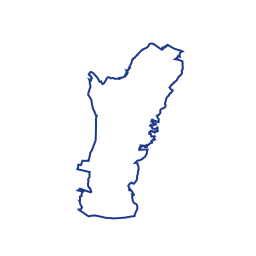 the district of Murgasi, Dolj, Romania, rotated 44°
{"feature_id": "2599482B65380015687406", "entity_name": "Murgasi", "entity_type": "district", "adm_level": 2, "iso_a3": "ROU", "parent_name": "Romania", "parent_adm1": "Dolj", "projection": "equal_earth", "projection_center": [23.828, 44.555], "detail": "fine", "context": "isolated", "style": "outline", "palette": "blue", "viewbox_px": 256, "rotation_deg": 44, "n_neighbors": 0, "source": "geoboundaries", "source_scale": "gbopen_adm2", "svg_char_len": 5719}
<svg xmlns="http://www.w3.org/2000/svg" viewBox="0 0 256 256"><g transform="rotate(44 128 128)"><path d="M149.0,220.9L150.0,221.0L152.1,220.5L161.0,218.9L163.4,215.5L164.7,214.5L165.0,213.8L174.4,208.0L181.0,202.5L188.0,194.7L191.8,189.4L193.9,186.9L192.9,185.4L191.9,182.8L191.1,180.2L190.1,178.9L188.8,177.6L187.7,177.2L186.3,177.1L184.8,177.7L182.6,177.4L178.6,174.6L178.5,173.1L176.7,172.9L176.8,172.5L177.9,172.6L178.1,172.4L178.6,172.5L178.7,172.1L178.4,171.7L173.5,170.6L173.1,171.2L172.6,171.1L172.2,171.8L171.4,171.4L171.9,170.6L168.4,169.5L167.9,167.1L168.1,166.0L168.4,165.6L168.6,165.5L168.5,165.3L168.5,165.1L168.8,165.3L169.9,164.4L170.6,164.2L170.8,163.9L170.5,163.8L171.0,163.3L170.7,162.3L170.8,161.3L170.6,161.0L170.6,160.2L170.3,159.6L170.3,158.9L169.3,157.5L168.1,156.7L166.8,153.8L165.7,153.0L165.2,151.5L164.6,151.1L164.1,150.0L162.6,148.8L162.2,148.3L160.3,147.7L159.5,146.8L158.3,147.2L157.4,148.1L157.4,145.1L159.3,142.3L159.4,141.4L159.8,140.7L159.7,140.4L159.9,139.6L159.7,138.8L160.3,137.3L159.9,136.0L159.9,135.0L159.1,133.4L159.0,132.7L158.4,132.3L156.9,129.9L151.2,135.9L150.4,135.1L150.9,134.2L149.9,133.4L150.5,132.6L150.3,132.3L149.2,131.7L150.7,130.5L151.3,130.8L151.9,130.2L151.7,130.1L151.7,129.8L152.4,129.2L153.4,129.9L154.7,128.5L154.4,127.9L153.2,127.9L153.1,127.3L153.8,127.2L154.2,126.7L154.2,125.9L154.5,125.7L154.4,124.5L154.7,124.0L154.6,123.1L155.5,122.0L155.4,121.8L154.3,121.9L153.9,121.0L154.1,120.7L153.9,119.9L154.6,119.7L154.6,119.3L154.9,118.8L154.8,117.7L155.1,117.5L154.3,117.2L153.7,117.5L153.1,116.2L153.1,115.4L152.6,115.6L150.7,118.0L148.3,116.4L147.7,117.2L147.2,117.4L146.3,116.1L147.0,115.5L146.7,114.8L146.3,114.2L147.2,113.3L148.3,113.5L148.7,113.2L149.0,112.5L150.5,112.7L150.2,110.8L151.4,110.3L151.5,109.4L150.9,109.4L150.5,109.1L150.2,108.8L149.3,107.2L148.9,107.1L148.7,107.2L148.8,107.6L148.7,108.6L148.4,109.2L147.8,110.2L147.1,110.7L145.1,111.3L144.5,111.1L144.2,110.5L143.0,110.7L142.5,110.5L142.3,110.7L142.1,110.1L143.0,109.7L143.3,109.2L144.0,109.1L144.4,108.2L144.9,107.5L144.9,106.5L145.6,105.9L145.1,105.7L144.2,105.9L142.3,107.2L141.6,105.8L140.6,106.3L140.7,106.5L140.3,107.0L139.5,105.5L139.5,105.2L140.3,104.8L142.5,104.2L143.2,103.7L143.6,103.8L145.9,102.6L144.0,100.3L143.2,100.2L141.8,99.9L140.3,99.2L140.6,98.9L140.6,98.2L140.9,97.6L141.0,96.9L140.8,95.2L140.9,94.7L138.9,92.9L138.8,91.3L139.0,90.4L139.5,89.8L139.5,89.5L139.8,89.2L139.8,88.6L140.2,87.9L140.1,87.4L140.1,86.8L140.0,86.7L139.0,85.3L137.9,85.1L137.4,84.5L136.8,83.1L134.9,79.9L134.6,76.8L134.9,76.1L134.2,74.9L134.5,71.8L134.1,70.6L134.1,69.9L131.6,70.4L129.7,70.0L129.6,67.7L129.5,67.2L129.3,66.9L129.5,66.7L129.3,66.1L129.5,65.4L129.4,65.2L129.6,64.9L129.6,64.5L129.7,63.9L129.4,63.1L129.8,62.0L129.7,61.8L129.8,61.6L129.7,61.3L129.9,60.6L129.9,59.7L129.1,57.3L129.0,56.4L128.9,55.1L129.1,54.6L129.0,53.2L129.2,52.3L128.7,51.2L128.1,50.3L127.1,49.7L126.7,49.2L126.7,48.4L126.5,47.7L126.0,47.3L125.3,46.2L123.6,45.1L122.8,43.8L121.2,42.7L120.7,42.2L116.3,44.2L114.1,45.7L114.6,43.5L114.3,43.5L114.3,42.7L114.1,41.6L115.9,40.8L115.4,40.4L114.3,40.2L114.2,39.9L114.4,39.7L114.3,39.4L113.2,37.8L113.1,37.1L113.5,36.1L113.8,35.7L114.0,35.0L111.8,35.9L110.2,36.8L106.4,38.7L101.5,40.1L98.7,40.6L98.6,40.8L98.7,41.1L99.2,41.3L99.0,41.8L98.4,41.8L98.2,42.2L98.4,43.1L98.1,43.4L98.0,43.9L98.6,44.1L98.2,44.5L98.2,44.9L97.7,45.0L97.4,45.6L97.4,45.8L98.0,45.7L97.9,46.1L97.6,46.2L98.3,46.7L98.2,46.9L97.7,46.8L98.2,47.4L98.1,47.5L97.4,47.5L97.6,48.3L89.8,49.5L88.6,49.7L88.1,50.1L87.3,50.1L85.9,51.3L85.3,52.1L85.1,52.8L85.7,54.5L85.8,55.1L85.8,55.7L85.5,57.0L85.6,57.7L85.4,58.0L84.6,59.9L84.5,60.7L83.8,61.5L84.0,62.0L83.7,64.9L84.0,68.3L83.9,68.8L84.0,69.1L83.7,69.3L83.9,70.2L83.8,71.8L84.1,72.7L84.0,73.1L83.5,74.2L83.5,74.5L83.8,75.1L83.6,75.3L83.9,75.5L83.7,75.9L84.2,77.0L85.4,79.2L86.2,81.3L86.3,82.4L86.8,82.9L87.1,83.0L86.9,83.7L87.6,83.7L87.5,84.7L87.8,85.1L87.5,86.2L87.7,86.4L87.4,86.9L87.5,87.1L87.9,87.1L88.1,87.3L87.4,87.6L87.6,87.9L87.2,88.0L87.9,88.3L88.2,88.6L88.5,88.4L89.1,88.8L89.0,89.0L89.6,88.9L89.7,89.3L89.1,89.7L89.2,90.0L89.7,90.0L89.8,90.3L89.2,90.7L89.8,91.4L89.4,91.6L89.8,91.9L89.7,92.0L90.0,92.2L89.9,92.4L89.5,92.5L89.9,93.4L89.5,93.6L89.1,95.0L88.8,95.7L88.4,96.1L88.3,96.7L87.5,97.2L87.4,97.5L87.0,98.0L87.5,98.3L87.9,98.3L87.9,98.5L86.3,99.6L84.7,101.5L84.2,101.8L82.3,102.5L81.2,104.2L79.1,104.7L78.3,105.4L78.1,106.3L79.2,110.3L79.6,112.4L79.2,114.1L77.7,113.8L76.3,113.1L75.6,114.4L74.6,114.3L73.4,113.7L71.0,113.1L65.5,112.7L64.3,112.8L62.3,113.4L62.1,114.7L62.3,115.9L62.7,116.9L64.7,116.5L65.1,117.1L66.3,116.9L66.6,117.2L67.5,117.3L67.6,118.0L67.5,119.0L68.2,119.5L67.9,119.7L67.2,119.8L66.4,120.1L67.1,120.4L68.7,121.5L69.5,122.5L72.1,124.1L72.7,125.0L73.6,127.3L74.7,128.9L74.9,129.9L75.8,131.2L76.7,132.0L78.7,132.2L81.9,133.2L84.0,134.6L85.5,136.0L87.0,136.8L88.7,138.1L91.6,139.3L92.3,139.4L93.3,140.0L95.8,140.9L97.2,141.8L97.3,141.5L98.8,144.0L100.3,145.4L104.4,149.6L113.4,159.5L117.6,169.4L118.0,171.8L120.8,176.1L121.7,178.1L122.5,178.9L118.0,183.2L119.9,187.4L117.8,188.9L119.5,191.2L120.2,192.8L131.1,186.3L131.6,187.3L132.7,188.2L133.4,189.1L134.1,189.6L134.5,190.2L134.8,192.3L135.4,193.0L136.7,193.8L137.3,195.0L138.1,195.9L138.1,196.2L140.0,197.6L141.8,198.0L142.1,198.0L142.0,197.8L143.2,197.9L143.3,198.1L144.6,198.6L145.0,199.0L145.5,199.1L146.0,199.9L145.8,200.2L141.3,202.4L135.6,205.0L135.6,206.4L135.3,207.7L139.9,204.9L139.8,206.1L140.0,206.8L140.9,208.3L141.9,209.1L141.1,210.7L143.9,213.4L144.0,213.7L143.6,214.1L144.0,214.2L146.9,216.2L148.9,216.5L149.7,217.2L150.2,217.2L150.1,217.8L150.5,218.8L150.6,219.8L150.4,220.1L149.1,220.7L149.0,220.9Z" fill="none" stroke="#1e3a8a" stroke-width="2"/></g></svg>